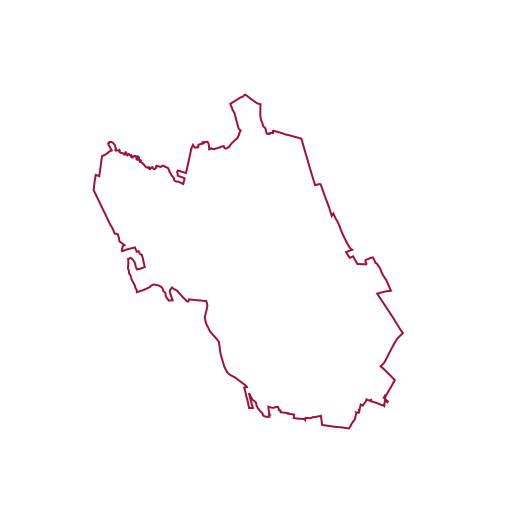 the district of Ungureni, Botosani, Romania, rotated 26°
{"feature_id": "2599482B7783599693239", "entity_name": "Ungureni", "entity_type": "district", "adm_level": 2, "iso_a3": "ROU", "parent_name": "Romania", "parent_adm1": "Botosani", "projection": "equal_earth", "projection_center": [26.747, 47.904], "detail": "fine", "context": "isolated", "style": "outline", "palette": "rose", "viewbox_px": 512, "rotation_deg": 26, "n_neighbors": 0, "source": "geoboundaries", "source_scale": "gbopen_adm2", "svg_char_len": 6091}
<svg xmlns="http://www.w3.org/2000/svg" viewBox="0 0 512 512"><g transform="rotate(26 256 256)"><path d="M319.9,393.9L317.3,391.3L310.3,383.0L310.6,382.8L311.3,383.1L312.0,384.1L315.8,386.7L318.6,387.2L320.1,387.8L320.9,388.5L321.9,390.1L324.3,392.0L326.1,392.7L327.3,393.4L331.0,394.7L331.5,395.6L332.3,396.1L332.9,396.3L334.8,396.3L336.9,395.5L338.5,394.7L337.2,392.9L337.9,392.5L337.3,392.2L335.5,389.8L333.2,386.0L335.4,385.7L338.2,384.9L339.4,383.6L341.6,382.0L341.9,382.0L343.3,383.2L344.2,384.5L345.6,384.0L346.6,385.7L353.4,383.2L353.6,383.8L359.7,381.8L361.0,385.1L365.5,383.6L370.8,381.4L372.1,381.9L371.5,379.8L375.9,378.0L377.4,376.5L377.3,376.4L377.4,376.2L380.0,374.6L384.4,371.2L389.5,378.9L402.8,374.6L407.9,372.5L413.4,370.9L414.9,370.4L415.2,369.6L415.5,366.9L415.4,366.1L415.7,363.7L415.7,362.5L416.3,360.9L416.4,359.8L415.2,353.5L415.0,352.8L414.7,352.6L417.1,351.8L417.0,350.4L416.8,349.9L416.5,350.0L416.0,349.1L416.4,349.0L416.3,348.1L416.0,346.7L415.7,346.1L415.8,345.8L415.4,344.2L415.5,343.8L415.4,343.6L417.5,343.7L418.4,338.6L418.4,337.5L418.1,336.5L420.9,336.3L421.4,336.1L422.2,335.0L422.5,334.8L422.7,335.1L422.9,336.2L428.7,335.2L434.7,334.9L435.3,334.4L436.0,334.2L437.0,334.6L436.8,333.6L436.2,332.7L435.3,329.6L438.2,329.8L438.2,328.9L434.6,327.8L433.0,327.5L433.1,325.0L434.1,325.5L434.0,324.1L435.1,310.2L435.2,309.4L434.9,309.3L435.2,306.8L429.4,304.6L419.8,301.4L416.3,300.5L417.1,298.7L418.0,295.4L418.2,292.1L418.2,286.3L418.6,274.7L419.2,268.0L421.9,260.8L419.1,259.5L405.6,251.0L381.4,236.7L388.1,230.9L392.5,228.1L383.7,220.6L379.2,218.0L375.3,215.0L373.8,213.4L372.9,212.7L367.6,209.7L366.5,209.9L364.0,207.7L361.7,206.1L359.5,207.7L358.3,209.5L356.9,210.7L356.4,211.5L356.3,212.1L356.6,212.7L358.7,214.6L358.8,215.0L358.7,215.2L350.7,218.7L345.9,215.6L343.5,213.7L341.0,216.6L335.3,213.0L339.7,208.2L338.1,208.1L335.9,207.0L331.0,203.6L324.8,198.8L319.8,194.4L318.3,192.7L317.5,192.2L316.4,191.1L314.0,189.3L310.6,187.0L306.9,183.9L306.5,186.8L300.7,180.6L291.6,172.0L285.3,165.7L282.5,163.2L281.9,163.3L281.1,163.9L278.0,166.4L267.1,154.7L245.3,130.6L231.4,133.2L230.1,133.7L227.3,134.1L226.7,133.9L216.7,135.8L216.4,136.0L216.3,136.3L217.4,137.9L214.8,139.3L214.2,139.8L214.6,140.3L212.5,141.4L211.6,140.9L210.0,139.1L209.2,137.9L208.0,136.9L205.8,136.3L203.0,133.4L200.8,131.5L198.1,127.5L193.5,117.6L190.9,118.2L189.6,118.2L182.2,117.0L177.2,115.9L175.6,115.7L174.8,116.9L174.3,118.6L172.6,120.2L166.2,130.5L167.8,132.1L168.4,132.5L171.3,135.2L173.9,136.9L184.6,149.2L185.0,149.4L187.2,149.9L187.2,153.6L187.7,154.4L187.5,157.1L187.7,157.6L187.4,158.1L187.4,159.0L187.2,159.4L186.6,160.4L186.5,161.1L185.7,162.5L185.3,164.1L184.8,165.1L184.1,168.4L184.2,169.1L183.9,169.2L183.7,170.2L182.7,171.7L181.6,172.8L180.7,172.9L180.2,172.7L178.9,171.4L178.6,171.5L177.6,172.3L175.3,174.8L171.1,178.6L169.0,179.0L168.8,178.8L167.2,179.7L167.6,180.3L167.1,180.6L166.4,179.1L165.8,178.5L165.5,177.8L164.6,176.5L163.1,174.9L162.1,174.7L161.7,175.2L160.1,175.9L158.1,177.1L158.3,177.8L159.2,178.0L155.7,180.9L155.5,181.3L155.6,182.0L156.4,183.2L156.4,183.6L156.0,184.1L154.7,184.5L153.8,185.2L153.4,185.2L151.9,184.7L150.7,183.9L150.8,184.9L150.6,186.2L151.1,189.2L152.9,196.2L156.7,212.1L148.3,213.4L148.2,214.9L148.9,215.8L149.4,216.3L150.2,217.5L150.5,218.2L157.6,217.4L157.8,217.7L157.8,218.1L158.2,219.0L158.7,222.0L159.1,223.0L159.0,223.4L158.8,223.4L157.8,223.1L156.4,223.1L153.2,223.3L151.9,224.0L150.5,224.1L149.6,223.9L148.7,223.1L148.5,222.3L147.4,221.9L146.5,221.1L144.8,220.7L143.6,219.5L141.5,218.4L141.1,217.6L140.5,217.4L140.1,216.8L139.1,216.2L138.8,215.7L137.5,215.5L135.6,215.7L133.5,215.3L132.0,216.3L131.2,217.9L127.3,218.3L126.9,218.8L126.9,219.1L127.5,219.5L127.4,220.9L127.0,222.1L126.4,222.5L125.8,222.6L124.2,221.7L123.7,221.6L123.5,222.5L122.9,223.4L122.7,224.2L122.3,224.5L121.6,224.3L121.4,223.3L121.1,223.1L120.4,223.3L119.4,224.3L118.5,224.4L116.8,223.9L115.5,223.1L112.7,222.2L110.2,222.3L109.9,222.0L109.8,221.6L110.5,220.9L110.6,220.6L110.3,220.5L108.7,220.7L107.3,221.5L106.3,221.6L106.1,221.3L106.9,220.5L107.9,220.4L108.0,219.3L106.8,218.2L105.8,218.4L105.4,219.4L105.0,219.6L104.5,219.6L104.4,219.0L104.1,218.9L102.7,219.4L101.9,221.5L101.3,221.8L100.3,221.6L100.2,220.3L99.7,220.0L98.9,220.7L97.9,220.5L97.1,220.0L96.8,220.3L96.7,220.9L96.4,221.4L96.4,221.9L95.7,221.9L95.3,221.6L94.6,220.5L94.1,220.0L93.6,219.8L93.2,220.1L93.2,220.8L94.4,221.6L93.1,222.6L91.1,222.0L89.3,222.5L88.0,222.4L87.6,222.2L87.5,221.2L87.0,220.8L86.5,220.6L85.8,221.6L84.3,222.2L83.7,222.8L83.3,222.7L83.1,222.3L83.0,220.8L81.8,219.8L80.9,218.4L78.3,217.2L77.3,216.9L75.9,217.0L74.2,217.8L74.4,218.9L73.8,219.5L74.3,220.3L80.1,224.4L79.1,225.4L78.2,226.7L77.6,228.2L76.3,230.7L73.8,233.8L78.4,247.5L80.1,253.0L76.4,253.3L78.1,259.2L81.1,267.9L111.7,292.0L112.6,292.4L116.4,295.3L117.3,296.2L119.3,297.8L120.7,297.3L122.6,297.1L122.8,297.6L124.1,299.1L124.6,299.4L126.8,302.7L133.0,303.9L132.1,305.3L132.1,306.6L133.0,310.0L133.6,310.4L137.3,306.5L143.4,301.4L146.9,304.4L148.2,303.1L150.9,305.1L152.9,305.0L155.6,308.0L156.4,309.2L157.9,311.0L158.4,311.7L160.9,314.7L157.0,318.7L154.9,320.2L153.0,318.7L149.7,314.9L147.0,313.3L146.3,313.2L145.6,312.8L144.3,312.6L142.3,314.8L142.8,315.3L143.3,316.5L143.8,317.1L144.4,318.3L146.4,323.4L148.1,324.8L149.2,326.8L149.9,327.5L151.3,328.1L154.7,331.8L160.1,335.7L161.9,337.8L163.4,338.6L164.1,339.5L164.8,340.8L170.0,335.7L174.3,330.4L174.6,329.0L175.6,327.3L177.2,326.1L179.7,325.7L181.0,325.2L184.5,325.3L186.2,326.1L187.4,327.3L188.0,328.2L189.7,328.6L191.0,329.2L192.6,331.8L197.1,334.3L200.5,332.4L194.5,326.4L193.6,324.4L194.3,321.1L196.2,321.6L200.3,321.8L208.9,325.3L213.8,327.0L215.2,326.6L214.8,324.4L231.1,318.3L233.9,321.6L234.3,322.5L237.0,334.0L240.6,338.4L247.8,344.0L257.7,348.1L260.4,349.6L267.0,359.4L275.5,368.8L277.3,370.4L281.0,373.0L283.0,373.9L284.9,374.2L290.5,374.4L302.4,376.7L304.5,377.3L305.3,377.8L303.1,379.4L307.8,385.0L309.1,386.8L310.3,387.9L312.3,390.3L316.5,395.7L318.4,394.6L319.1,394.5L319.9,393.9Z" fill="none" stroke="#9f1239" stroke-width="2"/></g></svg>